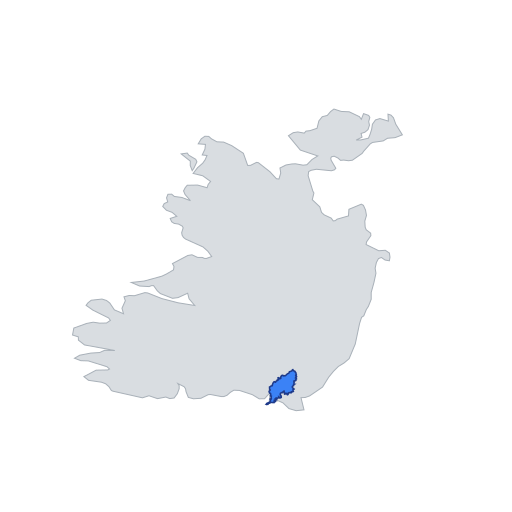 location of New Ross Lea-6, Wexford, Ireland, rotated 27°
{"feature_id": "5873133B16930759140678", "entity_name": "New Ross Lea-6", "entity_type": "district", "adm_level": 2, "iso_a3": "IRL", "parent_name": "Ireland", "parent_adm1": "Wexford", "projection": "orthographic", "projection_center": [-6.826, 52.344], "detail": "fine", "context": "in_parent", "style": "filled", "palette": "blue", "viewbox_px": 512, "rotation_deg": 27, "n_neighbors": 0, "source": "geoboundaries", "source_scale": "gbopen_adm2", "svg_char_len": 8544}
<svg xmlns="http://www.w3.org/2000/svg" viewBox="0 0 512 512"><g transform="rotate(27 256 256)"><path d="M317.1,95.7L308.3,101.9L306.9,104.2L304.4,113.7L304.0,116.4L298.4,126.9L295.2,129.1L290.6,130.7L287.9,132.4L284.5,131.5L280.3,131.6L278.2,133.4L278.2,134.9L279.5,136.6L287.3,141.6L286.8,143.6L284.5,145.8L270.4,151.3L266.1,154.7L264.6,156.9L266.0,160.8L277.1,172.3L279.0,173.6L280.6,180.3L290.5,183.2L294.6,187.4L298.1,188.4L305.8,188.1L308.9,189.7L310.6,188.5L311.6,186.3L320.2,178.3L317.6,172.2L326.3,162.0L328.7,162.1L332.7,165.3L336.0,169.7L337.1,175.5L340.2,180.8L342.3,182.6L347.8,183.6L349.1,185.7L348.1,193.3L348.9,195.8L363.0,195.6L368.6,192.2L373.5,192.8L375.9,196.2L377.0,199.7L372.8,201.0L368.4,200.4L366.3,202.7L366.2,207.1L367.7,212.8L370.7,216.9L373.1,226.0L375.2,236.2L378.3,242.3L379.0,249.9L378.6,253.6L379.2,260.4L377.9,262.7L378.9,269.0L384.4,289.4L385.6,305.2L383.1,311.2L379.6,316.9L377.4,323.6L375.8,330.9L374.8,342.6L367.3,356.3L364.1,359.7L360.4,361.8L368.6,371.3L362.0,375.6L354.6,377.0L346.6,374.6L341.5,374.9L335.1,379.9L333.6,379.0L330.6,371.2L328.4,379.3L323.7,381.8L315.7,381.2L302.3,383.3L297.2,385.6L295.0,389.2L293.4,393.3L291.2,395.8L288.9,397.0L278.5,400.0L276.4,401.2L271.5,407.8L265.1,411.6L259.9,412.7L255.3,408.7L253.5,406.3L251.3,405.1L244.2,405.1L246.4,406.4L247.8,409.2L248.4,414.5L247.5,419.7L243.9,422.2L239.7,422.6L233.0,427.8L224.1,429.1L219.2,433.9L189.9,441.4L188.2,441.5L184.3,439.2L180.0,438.1L175.6,438.6L163.2,442.8L157.4,441.6L165.4,430.3L175.7,424.8L176.8,423.2L173.5,422.3L154.2,425.6L147.4,428.8L140.7,429.5L144.0,424.4L152.9,417.5L160.5,413.0L163.9,408.8L173.1,404.3L143.6,413.1L136.0,411.6L134.4,408.7L128.4,409.7L126.4,402.9L135.7,393.0L141.0,388.9L147.2,386.8L153.2,383.6L155.5,379.5L152.8,378.1L135.3,378.3L127.0,377.1L127.6,373.8L129.3,370.2L138.3,364.3L143.0,363.5L147.1,364.3L154.3,368.3L164.2,367.6L160.3,363.4L159.9,355.2L156.9,352.3L161.0,348.7L165.7,346.6L173.6,339.1L176.3,338.1L191.4,336.7L207.7,333.1L223.9,327.9L215.8,324.5L212.0,320.2L205.4,328.5L200.8,331.6L187.8,332.9L183.8,331.8L178.2,328.9L176.3,329.9L174.6,331.8L165.9,335.6L156.9,336.2L167.7,329.1L181.3,316.7L184.4,312.7L188.8,305.8L187.7,302.6L185.0,300.7L195.0,286.5L198.4,284.0L204.5,283.8L209.0,281.6L211.0,281.6L212.8,280.8L216.8,276.6L210.9,273.6L204.7,272.0L185.5,272.9L183.0,272.4L180.7,271.0L179.2,269.0L178.3,264.0L176.9,262.9L172.6,262.7L168.3,264.1L165.3,263.8L162.5,261.5L167.4,256.6L161.4,255.2L155.4,255.9L150.4,254.2L150.4,251.0L152.8,247.9L149.9,244.8L149.5,241.0L152.8,239.2L156.2,240.0L163.4,237.5L172.5,236.5L164.9,233.4L161.9,230.9L161.9,227.3L162.6,224.2L171.8,219.3L181.4,217.4L180.9,213.9L181.7,210.2L172.1,208.7L162.5,211.0L163.8,203.9L166.4,197.5L167.0,193.3L166.7,188.7L162.2,190.4L162.0,184.0L160.3,179.5L153.6,182.3L154.0,176.5L156.1,172.5L159.6,170.9L163.0,171.8L169.3,172.0L175.5,169.2L184.2,168.7L198.1,170.2L207.5,179.1L210.0,177.7L214.0,172.3L215.8,171.8L230.2,174.6L239.1,177.9L241.5,177.0L240.4,170.9L237.4,166.7L241.4,161.3L246.2,157.7L249.4,155.9L256.7,153.7L259.9,151.6L262.1,144.6L265.6,138.8L247.4,141.5L230.3,134.1L233.2,129.2L236.9,126.5L243.2,124.6L243.9,122.0L247.1,119.9L252.4,114.5L250.7,107.1L251.8,101.8L255.7,98.4L256.9,93.4L258.7,89.7L266.3,88.5L273.6,85.2L284.9,84.9L287.8,86.4L287.2,80.3L292.5,79.6L294.5,80.8L295.4,85.1L297.7,87.9L298.4,92.6L296.8,96.3L294.0,99.1L296.5,102.0L292.6,107.2L296.7,105.0L302.7,100.0L302.4,95.8L301.5,90.5L299.9,85.7L300.7,80.5L304.0,77.3L312.7,75.7L309.2,69.7L312.3,69.2L315.7,70.4L320.7,75.1L331.4,81.6L326.2,87.4L319.7,91.4L317.1,95.7ZM160.8,206.1L160.4,208.9L156.3,205.2L154.4,201.3L143.0,199.0L148.0,195.5L150.3,196.7L158.4,197.2L160.6,198.9L160.8,206.1Z" fill="#d9dde1" stroke="#a8b0b8" stroke-width="1"/><path d="M328.6,368.6L329.3,368.7L329.5,369.0L329.5,369.6L329.1,370.1L329.1,370.4L329.1,370.7L329.3,371.1L329.8,371.5L330.6,372.0L331.2,371.8L331.4,371.9L331.4,372.0L331.8,372.4L332.0,372.7L332.0,372.8L332.0,373.0L332.4,373.3L332.4,373.8L332.4,373.7L332.3,373.9L332.3,374.0L333.0,374.2L333.3,374.1L333.3,374.3L333.2,374.5L333.4,374.8L333.7,375.0L334.0,375.8L334.3,375.9L334.3,376.0L334.2,376.2L334.3,376.2L334.4,376.4L333.7,376.8L333.8,376.9L333.9,377.1L334.0,377.2L333.9,377.3L334.1,377.4L334.0,377.5L334.3,377.7L334.3,377.9L334.4,378.0L334.7,378.5L334.5,378.9L334.6,379.6L334.5,379.8L334.5,380.0L334.4,380.3L333.7,380.8L333.7,381.0L332.9,381.9L332.7,382.2L332.5,382.5L332.4,382.7L332.5,382.8L332.6,382.7L332.5,382.8L332.7,382.7L332.7,382.8L332.7,383.0L332.8,383.0L332.7,383.1L332.6,383.4L332.8,383.3L333.0,383.4L333.1,383.2L333.3,383.2L333.6,383.0L333.6,382.9L334.0,382.7L334.0,382.4L333.9,382.3L333.9,382.2L334.0,382.0L334.2,381.8L334.2,381.6L334.4,381.4L334.3,381.2L334.6,381.0L334.8,381.0L334.9,380.8L335.1,380.7L335.1,380.4L335.5,380.1L335.6,379.9L335.6,379.7L337.3,379.1L337.5,378.8L337.7,378.7L337.9,378.4L338.4,378.4L338.5,378.5L338.4,378.6L338.5,378.6L339.0,378.4L338.8,378.4L338.7,378.3L338.7,378.1L338.6,377.6L338.8,377.2L339.3,376.8L339.1,376.6L338.9,376.7L338.7,377.0L338.4,376.9L338.2,377.1L338.3,377.0L338.3,376.9L338.3,377.0L338.4,376.9L338.5,376.9L338.4,376.8L338.2,376.8L338.3,376.9L338.5,376.8L338.5,376.7L338.6,376.8L338.6,377.0L338.7,376.8L338.6,376.6L338.7,376.1L339.1,375.5L339.1,375.3L339.3,375.0L339.7,374.7L339.8,374.6L339.7,374.5L339.4,374.5L339.5,374.7L339.3,375.0L339.1,374.5L338.7,374.6L338.4,374.7L338.5,374.8L338.3,374.8L338.2,374.9L337.8,375.0L337.6,375.3L337.4,375.3L337.5,375.3L337.6,375.1L337.8,374.9L338.1,374.8L338.3,374.2L338.5,374.1L338.7,373.7L338.8,373.6L338.6,373.4L338.9,373.3L339.0,373.1L339.4,373.2L339.7,373.0L339.9,372.7L340.6,372.1L340.7,371.8L340.7,371.7L340.6,371.8L340.7,372.0L340.6,371.9L340.4,371.8L340.3,371.6L340.5,371.7L341.1,371.9L341.5,371.8L341.6,371.6L341.8,371.6L342.1,371.4L342.2,371.1L342.4,371.1L342.7,370.6L342.6,370.4L342.5,370.2L342.6,369.7L342.8,369.6L342.2,369.6L342.0,369.3L341.9,369.2L341.6,369.2L341.4,369.1L341.2,369.2L341.1,368.8L340.6,368.6L340.5,368.2L340.3,368.1L340.3,367.9L340.2,367.7L340.1,367.3L340.3,367.1L340.4,366.6L340.7,366.2L341.3,366.0L341.6,365.8L341.4,365.4L341.6,365.0L342.1,364.8L342.3,364.5L343.3,364.9L343.5,364.9L343.5,365.2L343.7,365.5L343.8,365.8L344.0,366.0L344.2,365.9L344.3,365.9L344.4,366.0L344.5,365.9L344.7,365.6L345.0,365.4L345.0,365.0L345.3,365.0L345.4,364.7L345.8,364.3L346.0,364.4L346.1,364.8L346.6,365.3L346.8,365.2L347.2,365.3L347.3,365.1L347.4,364.4L347.3,363.7L347.1,363.6L347.2,363.4L347.4,363.2L347.3,362.8L347.5,362.6L348.1,362.5L348.3,362.3L348.6,362.3L349.0,362.1L349.5,361.9L349.6,361.6L349.1,360.9L349.5,360.6L349.8,360.7L350.0,360.5L350.0,360.3L350.1,360.1L350.4,360.2L350.7,359.9L350.8,359.7L350.3,359.4L350.1,359.0L349.6,358.4L349.8,358.0L350.2,357.7L350.3,357.4L350.1,357.4L350.0,357.2L349.9,357.1L349.6,356.9L349.3,356.9L349.1,357.0L348.6,356.9L348.1,356.6L347.7,356.2L347.7,355.5L347.7,355.3L348.1,354.8L348.3,354.5L348.2,354.4L348.2,354.0L347.9,353.6L348.0,353.5L348.2,353.3L348.2,353.1L348.4,352.8L348.1,352.9L347.9,352.8L347.4,352.0L347.4,351.9L347.5,351.8L347.4,351.3L347.1,351.1L347.0,350.9L347.0,350.7L346.6,350.5L346.5,350.2L346.8,349.8L347.3,349.6L347.7,349.3L347.7,349.1L347.8,349.0L347.5,348.7L347.5,348.4L347.9,348.3L347.8,348.0L347.5,347.8L347.4,347.4L347.8,347.0L346.8,346.1L346.5,346.3L346.5,345.8L346.7,345.5L347.0,345.1L346.6,344.7L346.6,344.8L346.3,344.8L345.7,344.6L345.5,344.4L345.5,343.9L345.7,343.3L345.5,343.2L345.4,343.1L345.1,342.7L344.8,342.1L344.7,342.1L343.9,341.7L343.6,341.6L343.6,341.4L343.2,341.2L343.1,341.3L342.7,341.0L342.1,341.2L341.4,341.1L340.9,340.8L340.4,340.5L340.1,340.9L340.1,342.1L340.0,342.3L339.6,342.6L338.7,343.7L338.3,343.9L338.4,344.7L338.5,345.0L338.5,345.3L338.1,346.0L337.7,346.4L337.3,347.1L336.7,348.9L336.6,349.2L336.3,349.5L335.9,349.6L335.6,350.0L335.2,350.0L335.0,350.3L334.4,350.1L333.6,350.3L333.7,350.6L333.0,351.2L333.2,351.6L332.9,352.5L333.3,353.3L333.6,353.5L333.6,353.8L333.5,354.0L333.0,354.2L333.0,354.5L332.9,354.6L332.6,354.6L332.1,354.5L331.8,354.1L331.6,354.1L331.4,354.1L330.9,354.5L331.2,355.0L332.0,355.3L332.1,355.5L332.1,356.3L331.2,356.7L331.2,357.4L331.4,357.5L330.8,358.3L330.7,358.7L330.7,359.1L330.7,359.4L330.7,359.6L330.4,359.7L329.5,359.6L329.3,359.7L329.1,360.0L329.0,360.6L329.0,360.9L328.8,361.6L329.0,362.4L329.0,363.3L329.4,364.0L329.3,364.4L328.6,364.8L328.4,365.0L328.2,365.4L328.2,365.7L327.5,366.6L328.5,368.4L328.6,368.6ZM342.3,364.5L342.1,364.5L342.0,364.3L342.1,364.0L342.1,363.8L342.5,363.6L342.6,363.8L342.6,364.1L342.3,364.5Z" fill="#3b82f6" stroke="#1e3a8a" stroke-width="1.5"/></g></svg>